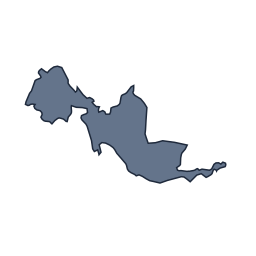 an SVG outline of Limburg, rotated 111°
{"feature_id": "NLD-898", "entity_name": "Limburg", "entity_type": "Province", "adm_level": 1, "iso_a3": "NLD", "parent_name": "Netherlands", "parent_adm1": "", "projection": "mercator", "projection_center": [5.902, 51.263], "detail": "fine", "context": "isolated", "style": "filled", "palette": "slate", "viewbox_px": 256, "rotation_deg": 111, "n_neighbors": 0, "source": "natural_earth", "source_scale": "10m", "svg_char_len": 2624}
<svg xmlns="http://www.w3.org/2000/svg" viewBox="0 0 256 256"><g transform="rotate(111 128 128)"><path d="M136.4,29.9L135.7,30.6L135.6,32.8L136.8,33.3L140.5,33.2L142.0,33.9L144.8,36.1L146.1,37.4L144.4,43.2L147.3,46.9L155.9,50.7L154.4,55.3L153.7,58.2L154.3,60.7L162.8,72.4L167.9,78.4L168.8,85.1L169.4,88.8L168.9,92.8L168.0,97.1L167.8,100.9L169.7,103.2L169.0,105.0L168.6,109.4L167.9,112.0L166.6,113.8L163.4,116.0L162.1,117.3L155.6,129.4L152.9,132.7L151.6,134.9L150.5,138.9L150.1,143.5L151.0,147.2L154.0,148.9L160.3,144.5L163.3,145.5L162.3,146.1L159.3,148.5L162.0,151.0L160.1,153.5L152.9,157.5L141.1,166.7L139.4,168.7L137.0,173.8L135.4,175.5L133.1,175.8L131.4,174.2L129.9,172.3L128.1,171.3L124.6,173.2L125.3,177.9L127.2,183.7L127.4,188.8L129.1,188.4L132.4,186.8L134.1,186.3L135.9,186.5L139.2,187.7L143.8,187.1L144.0,188.2L143.3,189.9L142.8,191.5L143.0,194.4L143.3,196.0L144.3,197.1L147.3,199.0L151.4,200.5L151.2,201.3L150.5,202.4L150.2,203.7L151.3,207.8L151.3,209.4L150.5,211.5L149.1,213.2L146.2,213.0L144.5,214.0L143.4,216.0L143.5,217.7L143.8,219.6L143.1,222.0L141.3,223.7L139.3,223.2L139.9,225.8L140.8,227.4L142.1,228.3L142.9,229.5L142.7,232.2L140.1,232.6L130.9,232.3L129.5,231.9L128.0,231.4L117.0,231.7L115.7,230.8L113.1,227.9L111.8,227.4L110.7,228.3L109.3,230.4L108.7,231.3L107.4,231.6L106.0,231.3L103.7,230.0L105.0,225.4L105.2,223.0L103.2,222.4L100.5,221.1L99.8,220.6L97.6,219.1L95.6,216.0L95.3,211.5L104.5,201.2L105.9,200.6L107.4,200.1L108.0,199.6L109.7,197.1L111.9,192.4L113.3,190.0L112.1,189.2L110.9,189.2L108.0,190.0L113.0,182.0L115.0,177.0L113.3,174.7L113.6,172.0L114.3,170.1L115.3,169.4L116.8,170.7L117.7,169.4L118.4,167.9L119.4,165.2L119.0,164.3L118.8,163.7L118.5,162.3L119.9,162.4L121.3,162.2L122.6,161.7L123.7,160.9L120.8,157.8L121.2,155.5L123.0,153.7L122.7,152.7L121.6,150.1L119.4,150.0L115.5,151.0L113.8,149.5L111.2,145.9L109.1,144.6L107.5,144.4L102.1,145.5L100.0,145.6L98.6,144.6L97.4,143.2L95.6,141.9L88.4,139.8L86.3,137.9L88.4,137.1L91.5,136.1L92.6,136.3L93.5,135.8L94.4,134.8L95.1,133.4L96.3,126.6L98.5,122.6L99.4,121.2L102.1,117.7L114.5,113.9L123.5,111.0L127.4,110.0L130.4,107.6L135.0,103.7L131.9,97.1L127.5,91.1L124.7,79.4L122.7,66.6L127.2,67.0L132.1,68.7L133.6,68.7L137.0,68.1L143.3,66.0L144.5,66.3L147.6,68.4L149.6,66.7L149.6,65.0L148.8,63.3L147.3,57.2L146.7,56.3L146.6,55.6L144.1,51.4L143.0,50.2L141.7,49.4L141.0,48.4L141.9,46.4L139.9,44.2L138.2,36.8L136.3,35.2L131.1,34.7L129.1,33.4L128.0,30.9L128.4,28.4L125.9,27.2L125.9,24.4L127.1,23.6L128.3,23.4L128.9,23.4L129.3,23.5L129.9,24.3L132.2,27.4L132.6,27.8L135.9,30.1L136.3,29.9L136.4,29.9Z" fill="#64748b" stroke="#1e293b" stroke-width="1.5"/></g></svg>